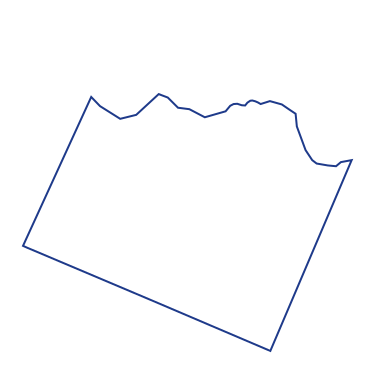 Sullivan, Indiana, United States of America, rotated 113°
{"feature_id": "52423323B15974038514354", "entity_name": "Sullivan", "entity_type": "district", "adm_level": 2, "iso_a3": "USA", "parent_name": "United States of America", "parent_adm1": "Indiana", "projection": "equal_earth", "projection_center": [-87.538, 39.081], "detail": "fine", "context": "isolated", "style": "outline", "palette": "blue", "viewbox_px": 384, "rotation_deg": 113, "n_neighbors": 0, "source": "geoboundaries", "source_scale": "gbopen_adm2", "svg_char_len": 622}
<svg xmlns="http://www.w3.org/2000/svg" viewBox="0 0 384 384"><g transform="rotate(113 192 192)"><path d="M307.6,123.4L307.7,57.8L244.4,57.7L100.3,57.5L106.3,66.6L112.0,69.5L114.5,77.4L117.1,88.4L115.7,93.8L109.1,103.8L90.7,121.1L79.5,127.2L78.2,134.1L76.3,143.5L77.9,155.8L84.2,163.2L83.8,166.5L83.8,169.3L84.2,172.2L85.2,174.0L88.1,175.9L91.6,176.9L92.7,180.1L93.1,184.8L94.8,188.1L97.7,190.5L104.6,192.6L118.2,209.4L116.8,226.8L119.9,237.8L114.5,251.2L114.9,260.9L142.8,273.5L152.7,286.7L148.9,310.2L143.9,321.9L307.6,326.5L307.7,321.7L307.5,189.0L307.6,123.4Z" fill="none" stroke="#1e3a8a" stroke-width="2"/></g></svg>